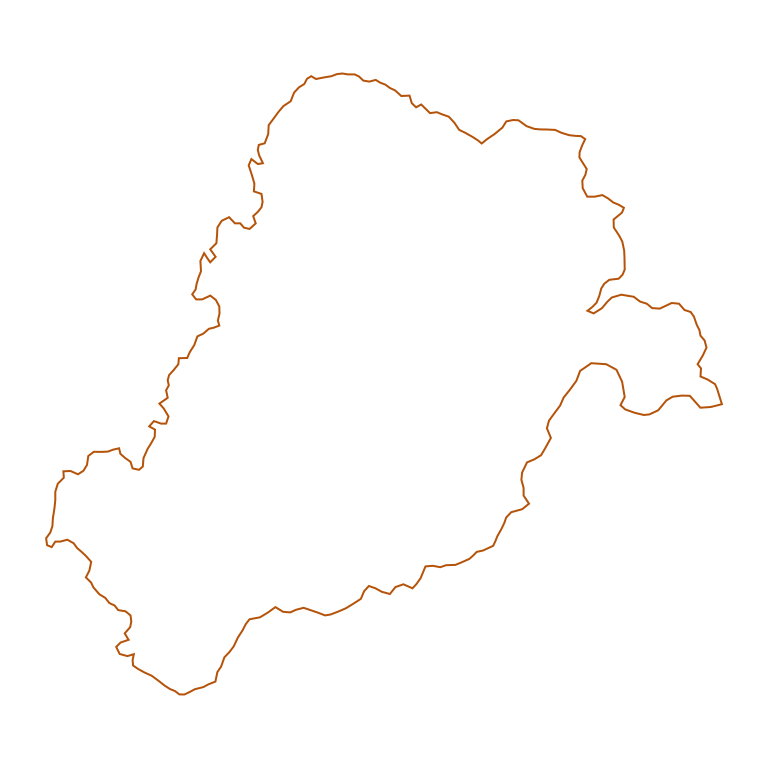 the district of São Luís de Montes Belos, Goiás, Brazil
{"feature_id": "56859067B21556461404452", "entity_name": "São Luís de Montes Belos", "entity_type": "district", "adm_level": 2, "iso_a3": "BRA", "parent_name": "Brazil", "parent_adm1": "Goiás", "projection": "mercator", "projection_center": [-50.378, -16.461], "detail": "fine", "context": "isolated", "style": "outline", "palette": "amber", "viewbox_px": 768, "rotation_deg": 0, "n_neighbors": 0, "source": "geoboundaries", "source_scale": "gbopen_adm2", "svg_char_len": 4262}
<svg xmlns="http://www.w3.org/2000/svg" viewBox="0 0 768 768"><path d="M582.7,188.2L582.3,180.6L585.4,174.8L586.7,169.0L583.0,163.2L579.4,157.4L579.6,152.2L582.2,145.3L585.2,139.1L580.9,136.1L575.8,135.9L569.2,135.2L561.2,132.7L555.1,129.9L546.5,129.5L540.2,129.4L534.4,128.9L526.5,126.1L518.5,120.3L513.1,120.0L506.3,121.4L502.4,127.6L494.5,134.1L487.1,139.1L481.7,143.5L477.8,140.3L472.5,136.9L465.1,132.7L459.2,129.9L454.6,123.0L448.8,116.7L441.7,114.2L436.9,112.2L430.0,113.1L425.2,108.4L421.2,104.5L416.1,107.3L411.8,103.2L409.5,95.6L401.3,96.0L395.2,90.5L389.8,87.9L385.3,84.6L380.3,82.7L375.7,79.9L369.4,81.6L363.3,80.6L359.0,76.5L354.7,74.4L347.9,74.4L342.3,73.5L337.0,74.1L331.4,76.2L324.2,77.4L316.0,79.0L311.2,76.2L307.0,78.8L304.3,84.0L299.0,87.3L294.1,92.6L290.7,101.2L283.3,106.2L278.5,111.9L273.2,119.1L268.7,125.1L268.2,134.1L264.7,143.3L258.8,144.9L257.8,149.9L259.1,155.2L262.9,163.2L257.8,164.0L251.4,159.1L248.7,165.4L252.0,175.4L254.4,183.7L253.9,191.4L261.5,193.9L262.6,202.0L261.5,207.2L258.0,211.7L253.2,216.1L255.7,223.4L249.6,228.9L244.0,227.7L240.2,223.3L234.9,223.3L229.1,217.2L221.7,220.8L217.4,227.5L217.1,234.2L216.4,243.2L210.2,249.3L215.6,256.8L210.2,262.3L207.1,257.9L204.1,253.2L200.4,261.0L201.0,271.2L198.5,277.6L196.6,283.9L195.6,289.5L192.2,294.3L196.1,299.4L202.2,299.4L210.3,295.6L215.9,300.0L219.3,306.5L219.5,313.6L217.9,320.5L219.3,325.6L213.7,327.7L208.9,328.8L203.3,333.6L197.4,336.4L194.2,345.2L189.8,352.1L187.2,358.0L178.9,358.2L178.3,364.3L173.6,370.1L169.1,375.1L167.7,380.3L168.8,385.4L166.1,390.3L167.7,397.8L159.4,403.6L163.7,408.4L168.5,416.4L166.1,423.6L161.1,423.6L153.9,421.1L149.2,426.4L155.0,429.6L154.7,436.9L151.0,443.5L147.7,448.7L143.5,458.1L142.8,466.6L139.0,469.8L132.6,468.4L130.5,461.8L125.0,457.9L120.4,453.8L119.1,448.3L113.3,449.6L107.9,451.6L101.4,451.9L93.8,451.8L88.3,456.0L87.0,464.9L83.5,470.7L78.0,474.3L70.5,471.0L63.4,471.3L63.8,477.7L57.8,483.7L55.3,491.7L55.3,500.0L54.5,508.0L52.9,518.1L52.4,526.2L50.3,532.5L46.1,538.3L47.1,545.2L51.7,547.1L55.3,541.6L60.2,541.6L67.3,539.7L73.6,543.2L77.1,548.0L81.6,551.9L86.1,556.1L91.2,561.9L89.4,570.5L85.9,577.4L91.2,582.7L93.4,587.4L99.4,594.3L105.3,597.9L109.3,603.0L114.6,605.5L118.2,610.1L125.5,611.3L130.5,615.4L131.3,621.5L130.2,627.1L124.7,633.4L128.6,639.8L120.6,642.5L116.2,646.9L119.7,654.0L127.4,656.1L133.8,654.2L132.6,660.2L133.1,665.5L138.0,668.9L144.3,672.4L151.8,675.8L159.2,681.3L164.5,685.5L170.1,689.1L174.9,691.0L179.4,694.4L184.4,694.5L189.3,692.2L194.9,689.2L203.3,687.1L208.3,684.4L215.4,681.6L217.4,672.0L221.1,666.6L224.4,657.3L229.3,652.2L233.7,646.4L237.9,637.5L242.7,630.1L245.9,623.9L249.5,619.3L260.0,617.3L267.8,612.6L275.4,607.1L283.1,611.8L290.2,612.4L296.0,609.8L303.6,607.8L317.8,612.6L325.0,615.4L330.6,614.5L338.9,611.3L346.0,608.2L352.9,604.0L360.9,598.8L364.1,591.2L368.9,586.0L375.5,588.3L381.8,591.8L389.9,594.0L395.4,587.1L403.4,584.3L412.5,588.3L416.4,584.1L420.6,578.2L425.5,566.4L432.9,565.8L440.3,567.2L446.1,565.2L455.4,564.9L461.5,562.4L469.5,558.8L473.2,555.5L476.7,551.9L483.1,550.5L493.2,545.8L495.4,541.1L497.3,536.3L501.2,529.4L504.3,523.0L506.2,517.5L511.2,512.2L522.2,509.2L529.0,503.7L523.6,495.6L523.6,487.9L521.4,479.8L522.1,472.6L527.0,462.4L534.4,459.3L541.1,455.2L545.5,447.7L550.9,437.9L546.9,428.3L549.0,420.6L554.5,413.1L560.1,405.6L563.6,397.6L570.2,389.3L576.4,380.8L580.1,370.9L591.3,363.2L606.2,364.2L616.5,369.8L622.1,381.7L624.7,397.0L620.5,405.2L625.2,409.4L634.7,412.8L643.9,415.0L649.4,414.4L658.2,410.3L666.4,400.4L672.7,396.7L681.9,395.6L689.8,395.8L700.4,407.7L710.8,407.0L721.9,404.2L717.2,389.1L715.1,384.2L707.6,379.5L700.5,376.5L701.0,368.4L697.6,364.2L702.8,355.5L706.5,347.6L704.6,340.5L700.5,335.7L699.4,330.0L696.8,324.9L693.9,316.6L690.7,312.0L684.5,310.0L679.0,303.7L671.7,303.0L659.8,308.6L652.1,308.1L646.8,303.7L640.1,301.6L633.8,296.8L621.3,294.7L611.8,297.5L607.2,301.9L601.8,308.3L593.6,313.4L587.5,310.8L592.3,307.0L596.5,302.8L599.2,296.2L601.3,288.4L604.3,283.7L609.3,279.8L618.6,278.7L622.5,274.8L624.7,269.6L624.5,257.9L624.2,250.8L622.3,241.6L619.1,235.5L613.8,227.5L613.6,219.5L622.0,212.6L623.9,207.8L618.9,204.8L613.3,202.5L607.9,198.3L602.4,195.1L594.5,196.7L587.3,196.7L582.7,188.2Z" fill="none" stroke="#b45309" stroke-width="2"/></svg>